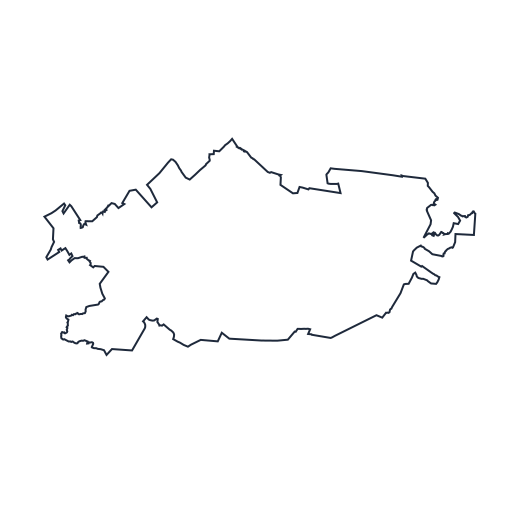 Chilón, Chiapas, Mexico (Natural Earth projection), rotated 6°
{"feature_id": "50627088B49447190388441", "entity_name": "Chilón", "entity_type": "district", "adm_level": 2, "iso_a3": "MEX", "parent_name": "Mexico", "parent_adm1": "Chiapas", "projection": "natural_earth1", "projection_center": [-92.093, 17.107], "detail": "fine", "context": "isolated", "style": "outline", "palette": "slate", "viewbox_px": 512, "rotation_deg": 6, "n_neighbors": 0, "source": "geoboundaries", "source_scale": "gbopen_adm2", "svg_char_len": 6006}
<svg xmlns="http://www.w3.org/2000/svg" viewBox="0 0 512 512"><g transform="rotate(6 256 256)"><path d="M429.0,186.2L427.5,185.3L427.4,184.9L427.4,184.1L427.9,183.0L428.4,182.5L428.6,181.9L428.6,181.4L429.0,180.7L429.3,180.5L429.8,180.5L430.3,180.8L430.4,181.2L430.6,181.1L430.9,179.1L428.2,177.2L426.8,175.0L424.9,173.7L421.0,169.6L419.5,168.3L419.3,165.3L416.3,161.4L393.9,161.1L392.4,160.7L392.7,161.9L383.8,161.4L352.3,160.5L325.1,161.1L321.1,161.0L319.2,165.3L317.8,167.1L317.5,167.8L319.6,176.2L320.8,176.5L322.9,176.5L328.8,175.9L330.2,175.4L333.5,184.6L302.0,183.0L301.2,184.3L295.2,183.1L292.1,182.8L290.6,189.0L286.2,189.8L272.9,182.7L272.5,175.2L271.8,173.9L271.3,173.7L272.2,172.8L270.0,172.6L262.3,171.0L261.1,171.8L258.9,171.2L244.0,160.0L243.4,160.0L242.9,159.7L242.5,159.2L241.0,158.7L236.2,153.6L235.0,153.1L235.0,153.3L234.4,153.2L234.6,153.0L234.1,152.8L233.7,153.1L233.6,152.7L233.0,152.8L233.0,152.2L230.9,151.4L229.9,150.8L229.9,151.2L228.3,150.2L227.7,150.3L227.3,150.1L227.3,150.3L226.1,149.7L226.3,149.6L220.0,142.0L218.3,144.4L216.1,146.9L213.7,149.0L212.6,150.7L208.5,155.7L203.2,155.7L203.3,159.1L199.1,159.7L199.2,160.2L199.1,163.0L199.9,165.1L200.0,166.1L196.7,169.9L196.4,171.1L191.3,176.4L187.0,181.5L182.1,186.9L177.9,185.4L173.2,180.2L172.4,178.8L170.5,176.7L168.8,174.0L166.1,170.8L163.4,168.9L161.5,168.7L158.7,172.4L151.3,183.7L140.2,196.6L143.9,200.3L152.1,213.0L147.0,218.5L129.5,202.6L123.4,204.4L117.5,217.3L119.6,218.1L114.2,222.7L110.1,219.0L106.8,218.5L103.8,222.1L103.6,221.8L102.8,223.5L101.1,225.4L102.2,224.9L102.5,226.0L101.6,226.5L101.3,225.7L100.6,226.1L100.6,226.7L101.2,227.3L101.0,228.0L99.3,227.7L98.9,228.7L98.9,229.7L98.2,228.7L97.2,229.1L97.2,229.4L94.0,232.3L93.7,234.0L89.5,238.6L82.9,239.2L82.8,240.4L83.8,242.6L82.9,242.3L81.8,242.2L81.1,243.5L80.7,245.5L79.7,246.1L78.7,246.4L78.5,245.1L78.6,243.7L78.2,242.4L77.4,241.7L76.7,241.7L76.0,239.3L77.5,238.7L67.1,225.8L65.4,224.5L60.2,233.8L58.8,231.6L61.0,225.5L59.6,223.9L51.9,231.7L48.1,234.8L41.5,239.0L51.7,249.6L52.3,260.6L53.7,263.1L51.8,268.3L51.2,271.1L47.6,279.1L49.1,281.3L59.9,272.6L58.6,270.6L60.8,268.9L62.1,270.9L65.6,268.1L67.9,271.0L70.3,274.4L72.0,272.8L73.5,275.3L71.4,277.8L70.8,278.9L69.6,279.9L71.2,281.8L72.9,279.7L75.8,277.1L79.2,276.8L83.3,274.9L84.0,275.0L85.4,274.4L85.7,275.7L87.8,275.5L87.9,276.4L89.5,277.5L91.2,278.2L90.9,278.6L92.3,280.2L92.4,281.9L92.0,282.4L95.3,284.3L96.6,282.8L105.4,282.7L110.9,287.2L103.5,300.0L104.6,303.8L107.1,309.6L110.1,314.0L109.6,315.2L108.7,315.6L107.2,317.3L105.9,317.6L105.3,318.1L104.6,320.2L104.0,320.8L95.5,323.1L92.6,324.5L92.1,327.1L92.4,328.9L91.8,330.7L89.9,331.2L89.2,331.9L88.0,331.9L86.1,332.5L85.4,332.2L84.6,331.4L84.2,331.3L83.9,331.9L82.7,332.3L82.4,332.8L81.1,332.8L80.3,333.9L79.1,333.7L78.8,334.4L76.2,335.5L74.9,335.6L73.5,335.0L73.3,336.3L73.4,337.0L74.3,338.0L76.1,338.9L75.8,341.4L75.5,341.6L75.4,341.9L75.8,342.3L76.0,343.8L76.2,344.9L75.6,345.6L75.1,346.6L75.9,347.2L75.9,347.8L75.5,349.1L76.2,350.7L75.9,351.7L74.4,352.8L73.7,352.8L73.0,352.3L73.0,352.1L72.5,352.2L71.2,351.9L70.8,352.3L70.7,353.3L70.4,353.6L70.6,353.9L70.5,355.0L70.8,355.6L70.6,356.4L71.0,358.0L71.3,358.4L72.2,358.7L72.5,359.1L73.3,359.2L74.1,358.8L78.6,360.6L80.6,360.4L81.2,360.8L82.6,360.2L84.3,361.2L85.4,361.6L86.7,361.7L87.6,361.4L87.9,360.5L89.2,359.3L91.4,358.4L92.9,358.4L94.2,357.7L97.4,358.6L97.2,360.7L98.6,360.4L98.8,359.3L100.0,359.4L101.8,358.9L102.4,359.1L103.0,359.4L103.3,360.4L102.2,363.8L102.5,364.1L104.4,364.6L106.7,364.4L108.4,364.9L111.3,364.9L114.7,365.6L117.7,370.0L122.5,363.6L142.6,362.9L152.9,339.7L153.2,338.6L153.2,337.3L153.0,336.0L152.4,334.8L151.6,333.6L150.5,332.8L153.6,328.3L156.0,330.4L157.1,330.8L159.7,331.1L161.4,330.8L163.9,328.6L164.9,328.9L164.8,331.9L166.8,334.3L167.2,335.3L168.4,334.9L169.8,335.1L171.3,333.7L177.9,338.3L179.5,339.0L181.7,340.7L182.4,341.8L182.8,342.8L182.8,345.1L182.3,347.3L187.1,349.4L189.4,350.1L193.4,352.0L197.8,353.3L200.6,351.0L209.8,345.2L226.9,344.9L230.0,335.9L238.1,341.0L270.3,339.5L286.0,338.0L296.4,335.9L302.4,327.1L303.4,327.2L305.0,324.1L308.7,323.8L311.8,323.3L313.0,323.3L315.3,322.9L317.5,323.2L316.0,328.1L319.4,328.1L319.7,328.5L338.8,329.7L340.0,329.1L342.9,327.1L382.0,302.3L388.0,304.1L391.3,298.8L391.9,298.9L393.0,298.5L393.7,298.7L394.6,298.0L394.9,295.4L395.4,294.6L396.1,294.3L396.7,292.5L403.6,277.9L406.0,268.8L407.3,268.2L410.7,267.7L413.3,261.3L414.4,257.4L416.1,255.9L417.4,257.8L418.1,259.6L419.8,260.9L423.2,261.4L424.7,261.2L428.7,262.3L429.5,263.0L433.0,265.0L438.0,264.9L439.0,263.3L440.1,260.4L440.6,257.9L439.0,257.4L437.5,256.5L436.3,256.4L435.1,255.5L434.1,255.2L431.3,253.7L422.2,248.6L421.5,249.3L410.7,244.4L411.7,235.1L412.4,234.0L415.0,230.9L418.8,228.4L419.4,229.2L420.8,229.4L421.9,229.9L422.7,230.5L423.1,231.2L427.6,233.2L431.2,235.8L440.4,236.6L441.2,237.0L442.0,236.8L442.5,236.3L442.2,235.0L442.4,233.9L443.3,233.7L443.4,232.6L443.7,231.7L444.2,231.4L444.4,230.8L445.2,229.8L446.1,228.9L447.4,228.2L448.2,227.5L449.7,226.9L450.5,227.3L451.0,226.9L452.6,221.4L452.1,213.3L470.5,212.3L469.7,191.0L469.1,190.7L467.9,188.9L467.3,188.9L466.9,189.7L466.6,189.9L466.5,190.8L465.8,191.0L464.4,192.7L463.3,193.2L462.8,193.2L462.4,194.9L461.2,195.7L460.1,195.4L459.8,194.5L458.8,194.5L457.2,195.0L456.5,194.5L455.6,194.4L453.8,193.3L452.6,192.9L449.1,192.0L448.7,192.4L448.6,192.7L452.9,196.1L455.3,199.5L453.7,203.1L449.2,202.7L448.8,206.3L448.0,208.8L447.0,211.5L445.3,213.7L444.4,213.3L444.1,214.1L442.2,214.4L441.2,214.8L441.4,214.4L440.1,213.9L439.8,213.6L439.3,213.7L438.1,212.7L437.7,212.7L436.1,215.7L435.2,216.5L434.1,216.6L432.6,215.6L431.5,214.2L430.5,214.1L430.1,213.9L429.4,214.6L429.6,214.9L431.1,215.5L430.6,217.4L429.1,217.0L429.1,216.4L427.7,215.6L427.1,215.8L425.6,215.4L423.3,217.4L422.5,218.5L420.7,220.4L426.3,206.2L426.4,202.2L421.1,193.0L421.3,192.4L420.9,191.9L421.2,190.3L424.7,186.9L426.1,186.6L426.4,186.9L426.9,186.8L428.0,187.0L429.0,186.2Z" fill="none" stroke="#1e293b" stroke-width="2"/></g></svg>